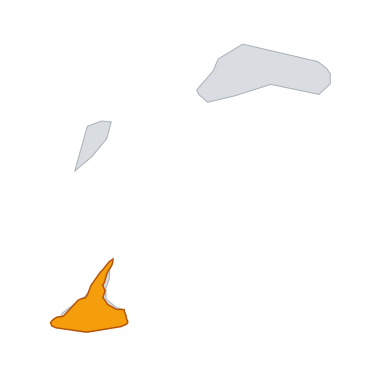 Andjouân highlighted on a map of Comoros, rotated 98°
{"feature_id": "COM-4936", "entity_name": "Andjouân", "entity_type": "state/province", "adm_level": 1, "iso_a3": "COM", "parent_name": "Comoros", "parent_adm1": "", "projection": "mercator", "projection_center": [44.402, -12.222], "detail": "fine", "context": "in_parent", "style": "filled", "palette": "amber", "viewbox_px": 384, "rotation_deg": 98, "n_neighbors": 0, "source": "natural_earth", "source_scale": "10m", "svg_char_len": 1164}
<svg xmlns="http://www.w3.org/2000/svg" viewBox="0 0 384 384"><g transform="rotate(98 192 192)"><path d="M94.9,198.4L90.4,201.6L68.9,187.8L56.6,184.6L38.5,162.4L45.4,85.4L51.2,75.6L55.6,71.6L65.6,70.1L77.7,79.8L74.5,129.2L90.6,162.5L100.9,188.9L94.9,198.4ZM333.1,241.8L345.0,275.1L344.8,300.2L339.8,308.1L329.3,303.0L309.8,283.0L272.7,263.5L289.7,261.9L299.6,263.9L310.1,262.1L316.7,251.1L318.0,244.6L327.3,239.4L333.1,241.8ZM171.0,296.2L187.6,311.0L141.5,304.8L134.3,291.5L133.9,281.7L151.1,283.9L171.0,296.2Z" fill="#d9dde1" stroke="#a8b0b8" stroke-width="1"/><path d="M345.5,278.3L345.4,307.7L344.1,312.1L341.4,313.9L339.3,313.0L336.9,311.0L334.9,308.5L334.1,306.4L333.6,303.4L332.4,301.7L315.0,289.7L313.0,286.5L311.6,282.8L308.0,281.1L298.7,279.1L284.1,271.6L282.1,270.0L272.6,264.3L269.4,260.9L273.2,260.7L276.4,261.5L282.4,264.2L286.5,265.2L294.2,266.3L296.9,267.5L298.2,266.5L300.6,265.2L301.8,264.2L308.8,265.6L315.1,259.9L318.7,250.9L317.9,242.8L320.2,242.1L323.4,240.2L325.9,239.5L327.1,239.0L328.1,238.2L329.2,237.6L330.9,237.7L332.2,238.7L334.1,242.0L334.9,242.8L344.9,274.9L345.5,278.3Z" fill="#f59e0b" stroke="#b45309" stroke-width="1.5"/></g></svg>